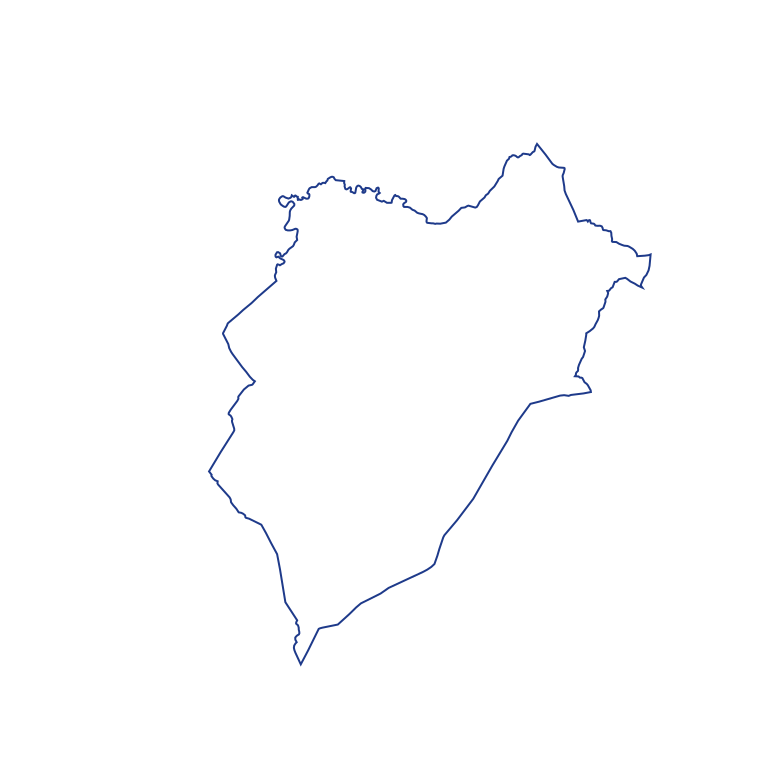 Phu Thien, Gia Lai, Vietnam (Robinson projection), rotated 210°
{"feature_id": "81297802B15377501666570", "entity_name": "Phu Thien", "entity_type": "district", "adm_level": 2, "iso_a3": "VNM", "parent_name": "Vietnam", "parent_adm1": "Gia Lai", "projection": "robinson", "projection_center": [108.328, 13.506], "detail": "fine", "context": "isolated", "style": "outline", "palette": "blue", "viewbox_px": 768, "rotation_deg": 210, "n_neighbors": 0, "source": "geoboundaries", "source_scale": "gbopen_adm2", "svg_char_len": 6165}
<svg xmlns="http://www.w3.org/2000/svg" viewBox="0 0 768 768"><g transform="rotate(210 384 384)"><path d="M558.2,501.3L557.8,499.8L558.1,498.5L559.5,496.8L562.5,496.2L564.8,496.3L565.5,496.1L566.0,495.7L567.0,493.7L567.2,492.2L567.1,491.1L566.6,490.2L565.8,489.4L563.2,487.9L560.7,487.6L559.1,487.6L558.0,488.0L557.6,488.5L557.4,489.7L557.2,493.6L556.2,495.4L555.3,496.0L554.1,496.1L551.8,495.2L551.2,494.3L551.0,493.5L552.0,489.5L552.0,487.4L551.6,485.9L549.7,482.4L548.3,478.9L548.1,477.8L548.6,471.2L548.5,470.1L548.1,469.5L547.1,468.8L546.1,468.4L544.2,468.9L542.2,470.0L540.4,471.5L538.4,474.1L537.3,474.6L536.2,474.5L535.8,474.2L535.1,473.1L533.3,467.8L531.2,465.3L532.1,462.0L531.7,459.6L531.7,457.9L533.5,453.9L533.9,452.4L533.9,449.4L534.3,447.9L535.1,446.8L535.7,443.7L536.4,443.3L537.3,443.3L539.3,445.2L541.6,445.3L542.5,444.6L542.6,441.8L542.0,440.6L541.3,440.0L540.5,439.9L539.2,441.4L538.8,441.6L537.9,441.1L536.5,440.9L532.9,441.2L531.6,440.6L531.2,440.1L531.3,438.3L532.4,436.9L533.5,434.8L534.5,434.8L536.0,434.4L536.2,433.9L535.3,429.8L533.2,426.9L532.9,424.0L532.6,423.1L531.4,421.6L528.7,419.5L536.7,396.4L539.1,388.1L543.0,377.6L544.9,371.5L549.4,359.1L549.6,358.2L549.2,355.9L548.8,347.5L548.4,346.9L538.8,340.7L536.0,337.7L532.5,335.4L530.1,334.2L515.2,327.7L509.4,325.6L503.8,323.2L499.7,322.0L497.2,321.8L497.6,317.9L497.9,317.3L500.5,314.9L502.6,309.2L503.8,300.6L503.7,299.8L502.7,298.4L502.6,296.0L503.9,285.1L504.0,281.8L503.9,281.0L503.3,280.1L501.1,279.9L500.0,279.4L498.0,278.0L497.6,277.5L497.4,276.4L496.7,275.3L491.4,270.4L490.5,269.0L490.4,267.0L491.4,243.5L491.8,220.8L487.9,219.2L487.7,218.4L487.3,217.9L484.5,216.7L482.0,216.2L479.4,216.6L478.6,214.7L477.5,214.0L461.0,208.6L459.1,207.4L457.3,205.1L453.9,203.6L449.4,202.1L445.7,200.2L443.1,201.1L441.1,201.2L438.6,200.8L437.4,199.3L436.6,199.1L433.5,199.9L419.9,200.8L411.5,195.8L402.1,189.7L391.5,183.2L381.4,171.5L360.3,145.7L341.0,135.9L340.9,133.9L340.5,132.8L340.2,132.5L337.8,132.0L336.1,130.4L334.9,128.5L333.7,127.3L332.7,125.9L332.5,124.6L333.6,122.5L334.0,120.7L334.0,119.9L332.9,118.2L330.5,116.7L330.9,115.2L331.0,112.6L330.1,110.4L328.5,108.7L326.4,107.0L315.9,99.6L316.5,115.2L318.1,139.3L317.3,140.4L315.6,142.1L303.7,152.6L298.9,167.6L296.4,176.6L294.3,182.5L282.2,200.8L278.0,209.8L256.1,241.0L253.7,244.9L251.6,249.2L250.3,253.3L251.9,261.9L253.6,268.9L256.0,280.8L256.1,283.2L252.6,302.7L249.3,329.2L249.4,367.7L248.8,396.4L249.4,405.9L249.5,419.3L247.3,440.0L240.9,446.2L225.7,462.0L222.4,464.4L218.1,466.1L216.6,468.0L206.5,475.6L200.8,480.5L201.9,481.9L206.9,484.9L208.6,485.5L211.2,485.8L215.2,488.3L216.2,488.2L217.5,487.5L219.3,487.8L222.5,486.2L222.4,487.8L223.1,489.3L223.1,490.4L222.6,492.3L223.3,494.0L223.9,494.7L224.7,498.0L225.4,504.7L225.1,506.9L226.4,513.1L229.3,515.7L231.3,522.1L233.5,527.9L234.2,529.0L232.3,532.6L230.7,536.7L230.4,538.7L230.7,541.5L230.8,546.2L231.2,548.5L231.8,550.7L234.1,554.4L233.3,556.9L232.1,559.3L232.1,559.9L233.3,565.9L234.6,567.9L234.4,571.3L235.2,574.4L235.5,575.0L237.2,576.2L235.7,577.4L235.3,580.4L234.4,582.1L235.3,587.8L233.8,588.7L233.4,589.4L232.9,592.3L228.1,596.6L226.1,596.6L221.8,596.0L216.9,596.3L213.5,596.1L208.5,596.6L210.6,597.6L211.2,598.6L212.1,606.2L211.3,609.6L211.7,614.7L213.1,619.1L217.9,629.5L219.1,628.0L222.2,625.6L228.6,621.3L230.3,623.2L233.5,624.8L236.2,625.4L240.4,625.5L242.1,625.3L245.1,623.9L247.0,623.5L250.5,623.0L253.7,623.1L257.3,621.3L258.1,621.7L258.9,623.6L261.1,626.0L262.8,628.6L264.3,629.6L265.8,628.7L268.4,628.2L271.0,627.0L271.6,627.2L272.9,628.6L274.3,629.4L276.0,629.1L278.3,627.7L280.2,626.9L281.6,627.6L282.5,627.7L285.0,626.7L286.0,627.3L287.3,628.7L287.8,628.8L288.6,628.0L288.7,626.6L290.0,627.2L290.6,627.2L297.1,621.7L306.9,629.3L321.6,639.5L324.4,641.9L326.9,645.5L333.0,652.9L333.6,654.1L333.9,656.6L335.0,660.5L335.6,661.2L336.2,661.2L340.9,658.9L343.0,658.5L346.6,658.6L348.4,658.9L358.7,663.4L371.5,668.4L371.4,665.2L370.2,661.2L370.2,660.6L371.1,659.2L371.9,655.6L372.4,655.1L373.4,655.3L378.6,653.1L379.1,652.4L379.2,651.0L380.2,649.4L380.8,647.7L381.3,647.2L382.2,647.1L383.8,647.4L385.0,647.3L386.6,646.7L387.2,646.1L387.3,645.4L387.9,644.1L388.8,643.4L388.4,641.5L389.2,638.9L388.5,632.6L388.0,630.2L385.5,623.7L387.2,618.9L387.0,616.5L387.2,610.2L388.9,604.2L389.0,601.0L390.2,598.3L390.2,595.8L392.2,590.0L392.0,585.7L392.2,583.6L393.2,582.4L400.0,580.7L400.7,580.0L402.2,577.4L405.1,575.2L406.0,571.4L409.0,562.9L409.6,559.0L411.1,554.7L415.5,550.9L418.6,549.3L419.7,548.3L421.8,547.7L423.2,546.9L427.2,545.2L428.0,545.5L428.6,546.2L429.8,549.1L431.4,549.9L433.6,550.5L435.5,550.4L438.8,549.3L440.8,548.9L444.2,549.5L446.5,549.1L449.7,549.7L452.2,549.1L455.1,547.4L456.1,547.7L457.2,549.2L457.1,550.4L456.0,552.7L456.2,553.7L457.2,554.4L458.5,554.5L460.2,553.9L462.3,552.8L464.7,553.6L466.0,553.6L467.5,552.8L468.7,553.3L469.1,552.8L469.2,552.1L469.0,547.2L468.1,544.9L468.5,544.4L472.1,542.4L475.8,542.5L477.0,540.9L482.1,540.1L484.0,541.3L484.7,543.2L484.7,544.8L483.4,546.7L483.2,547.3L484.8,547.7L486.3,550.7L486.9,551.1L487.4,551.1L488.3,549.9L487.9,546.8L488.7,545.8L490.3,545.4L492.4,546.0L494.9,546.1L497.9,544.7L498.0,544.0L496.6,541.9L496.4,541.1L496.7,540.0L497.5,539.3L498.3,539.1L498.7,539.4L498.9,541.8L499.1,542.3L500.7,541.9L502.5,543.0L504.0,543.3L505.2,543.1L505.8,542.6L506.3,541.4L506.2,540.0L504.5,535.3L504.7,534.7L505.3,534.3L507.3,534.4L508.9,533.9L509.3,534.3L510.3,536.9L511.5,537.5L512.1,537.1L512.7,535.5L513.5,534.1L514.0,533.7L515.1,533.7L517.0,535.5L517.6,537.0L519.0,538.1L519.9,539.9L527.7,536.4L529.4,536.9L530.9,537.9L532.0,537.8L533.0,537.2L533.8,536.2L535.2,533.5L534.8,531.8L535.2,530.8L535.3,528.6L536.5,528.3L537.8,527.4L538.5,525.4L540.4,525.3L540.8,524.5L540.9,522.8L541.5,520.8L542.3,519.9L545.1,518.3L546.3,516.3L546.4,515.1L546.0,511.3L545.3,510.9L544.1,511.1L543.4,510.8L542.6,509.5L542.2,507.9L542.3,506.9L543.0,506.2L544.1,505.6L547.6,505.3L548.0,504.6L547.0,503.7L546.9,503.3L548.0,501.8L548.8,501.7L550.7,500.4L550.9,500.6L551.0,501.8L551.8,501.9L552.3,503.0L553.2,502.7L554.8,503.0L555.3,502.6L555.3,501.4L555.5,501.1L558.2,501.3Z" fill="none" stroke="#1e3a8a" stroke-width="2"/></g></svg>